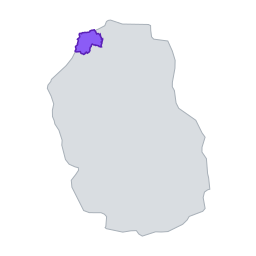 location of Delchevo, Delčevo, North Macedonia, rotated 267°
{"feature_id": "65306769B90097726978799", "entity_name": "Delchevo", "entity_type": "district", "adm_level": 2, "iso_a3": "MKD", "parent_name": "North Macedonia", "parent_adm1": "Delčevo", "projection": "robinson", "projection_center": [22.782, 41.938], "detail": "fine", "context": "in_parent", "style": "filled", "palette": "violet", "viewbox_px": 256, "rotation_deg": 267, "n_neighbors": 0, "source": "geoboundaries", "source_scale": "gbopen_adm2", "svg_char_len": 2916}
<svg xmlns="http://www.w3.org/2000/svg" viewBox="0 0 256 256"><g transform="rotate(267 128 128)"><path d="M114.4,61.0L119.2,61.6L129.4,58.9L135.8,55.2L139.1,54.7L143.4,53.2L149.6,53.4L155.9,55.1L163.9,52.9L171.8,49.5L175.0,50.3L178.4,53.3L180.6,54.1L193.6,69.6L200.8,75.9L209.2,80.6L218.9,84.1L222.3,87.4L228.5,103.9L231.4,110.2L235.5,112.1L236.5,113.9L236.7,116.2L232.1,127.8L230.3,153.8L229.1,155.9L224.3,155.8L217.8,156.3L215.4,158.3L212.8,172.3L202.5,176.3L193.1,178.6L185.2,178.0L171.3,174.7L166.8,174.4L162.9,176.3L150.5,177.3L145.0,179.7L132.2,196.1L119.2,201.7L114.8,204.5L104.9,200.9L100.1,200.6L93.3,204.7L78.2,205.1L74.2,205.9L62.6,206.5L62.1,204.3L60.0,201.0L54.6,199.4L43.6,200.8L40.9,198.3L36.5,184.5L33.0,182.2L29.0,177.6L22.5,162.5L22.4,155.9L22.9,150.1L19.3,136.6L21.6,133.2L25.1,131.0L25.2,125.6L24.3,117.3L28.6,101.1L29.7,99.9L30.7,100.7L40.6,102.0L43.2,99.9L44.8,96.7L45.5,84.9L47.9,79.4L71.8,68.9L78.8,68.6L84.2,73.3L88.4,76.4L91.0,76.3L91.9,73.2L94.9,67.3L99.8,63.9L114.3,61.0L114.4,61.0Z" fill="#d9dde1" stroke="#a8b0b8" stroke-width="1"/><path d="M218.2,107.3L217.8,106.6L218.3,106.0L218.9,106.3L219.8,106.2L220.2,105.6L222.8,105.2L222.2,104.8L222.9,104.5L223.9,103.3L223.6,101.6L224.4,101.5L224.8,101.0L225.7,100.9L226.6,100.4L227.1,99.5L227.8,99.5L227.8,99.4L227.7,98.7L227.7,98.3L227.6,98.0L227.5,97.8L227.5,97.7L227.4,97.5L227.4,97.4L227.6,97.0L227.5,96.7L227.4,96.5L227.3,96.4L227.2,96.2L227.2,95.8L227.2,95.7L227.0,95.1L226.3,95.0L226.2,94.8L226.0,94.6L225.9,94.4L225.7,93.7L225.7,93.0L225.7,92.4L225.6,91.8L225.5,91.5L225.5,91.1L225.7,90.6L225.7,90.1L225.7,89.7L225.7,89.4L225.5,89.1L225.5,88.4L225.6,87.7L225.6,87.4L225.4,87.1L225.2,86.8L224.6,86.6L224.6,86.4L224.8,85.8L225.0,85.6L225.0,85.2L225.0,84.7L224.9,84.5L224.7,84.4L224.0,84.2L223.7,84.1L222.9,84.3L222.6,84.4L222.2,84.6L221.6,84.5L221.4,84.5L221.3,84.4L221.2,84.3L221.1,84.2L220.9,84.0L220.6,83.8L220.3,83.6L219.9,82.9L219.6,82.4L219.2,82.1L219.0,82.3L218.9,82.5L218.6,82.8L218.2,82.9L217.6,82.9L217.1,82.8L216.7,82.5L216.1,82.3L215.8,82.3L215.6,82.3L215.3,82.2L215.2,82.1L214.9,81.9L214.7,81.9L214.3,82.1L214.2,82.1L213.7,81.9L213.5,81.7L213.4,81.5L213.2,81.1L213.1,80.9L212.9,80.7L212.7,80.6L212.4,80.2L212.2,79.9L211.8,79.8L211.1,79.9L210.4,80.2L210.2,80.2L209.3,80.1L209.0,80.2L208.7,80.0L208.5,79.9L208.4,79.6L208.1,79.4L207.6,79.2L207.4,79.2L206.7,80.1L206.8,84.4L205.3,84.8L204.7,85.6L204.5,86.8L203.8,87.4L203.8,87.9L204.5,89.0L204.9,89.0L204.9,89.4L206.0,90.3L205.8,90.7L205.2,90.8L204.8,91.3L206.0,93.3L207.4,94.1L208.2,93.9L209.4,94.3L209.8,94.2L210.7,94.7L211.3,95.5L212.3,95.7L213.4,96.2L213.7,96.8L212.8,98.0L212.8,98.5L212.6,98.8L212.8,99.4L212.1,99.9L212.3,100.6L211.7,102.8L210.8,103.4L210.8,104.2L210.4,104.7L210.4,105.8L211.2,105.7L211.9,105.4L214.4,106.5L215.0,106.2L215.0,105.8L215.2,105.7L215.7,106.7L216.5,106.7L217.3,107.3L218.2,107.3Z" fill="#8b5cf6" stroke="#5b21b6" stroke-width="1.5"/></g></svg>